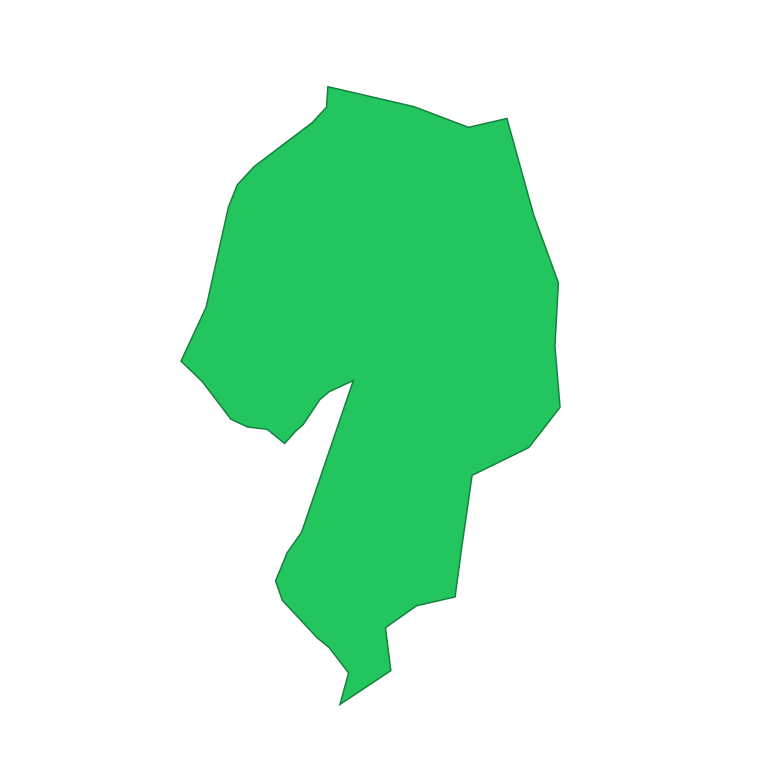 Aknistes, Equal Earth projection, rotated 77°
{"feature_id": "LVA-5734", "entity_name": "Aknistes", "entity_type": "Municipality", "adm_level": 1, "iso_a3": "LVA", "parent_name": "Latvia", "parent_adm1": "", "projection": "equal_earth", "projection_center": [25.843, 56.138], "detail": "fine", "context": "isolated", "style": "filled", "palette": "green", "viewbox_px": 768, "rotation_deg": 77, "n_neighbors": 0, "source": "natural_earth", "source_scale": "10m", "svg_char_len": 673}
<svg xmlns="http://www.w3.org/2000/svg" viewBox="0 0 768 768"><g transform="rotate(77 384 384)"><path d="M316.1,576.7L269.1,540.0L176.6,495.8L157.0,482.2L142.9,461.6L113.1,395.0L101.3,377.7L81.7,371.8L120.6,292.3L152.9,244.0L152.9,204.5L253.1,200.1L324.6,191.3L385.4,208.9L446.3,217.7L478.5,257.2L492.8,318.7L560.9,345.1L607.4,362.6L607.4,402.2L621.8,437.4L664.8,441.8L686.3,499.0L657.6,483.5L628.4,496.8L616.6,506.0L572.0,531.7L551.5,534.0L526.5,516.2L510.0,497.7L373.7,413.1L379.2,439.3L384.7,449.9L405.4,471.9L410.1,480.7L419.6,494.2L401.9,508.0L395.2,526.6L383.9,541.1L340.4,560.7L316.5,576.4L316.1,576.7Z" fill="#22c55e" stroke="#15803d" stroke-width="1.5"/></g></svg>